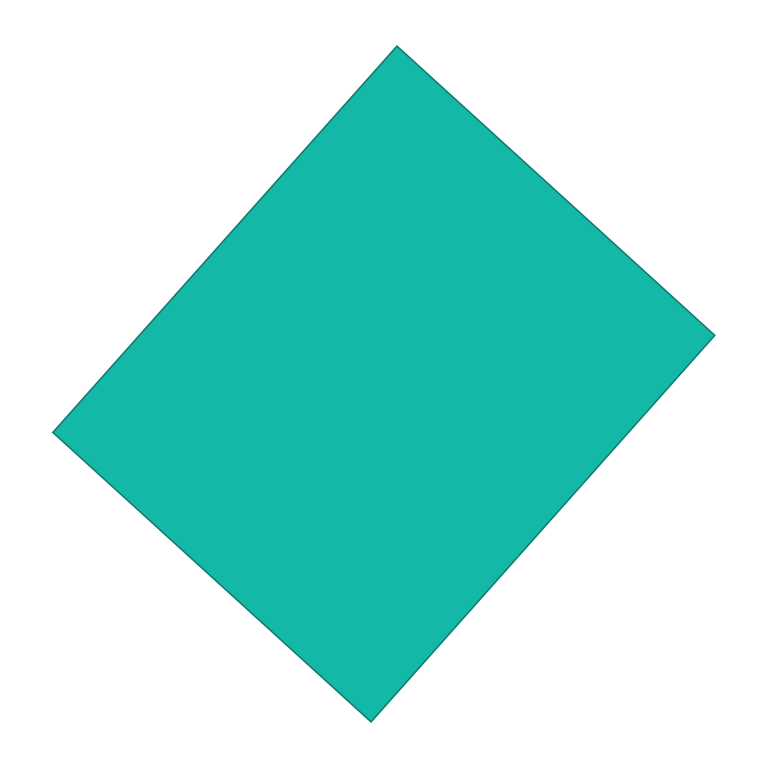 Lane, Kansas, United States of America, rotated 42°
{"feature_id": "52423323B53058903446766", "entity_name": "Lane", "entity_type": "district", "adm_level": 2, "iso_a3": "USA", "parent_name": "United States of America", "parent_adm1": "Kansas", "projection": "robinson", "projection_center": [-100.503, 38.481], "detail": "fine", "context": "isolated", "style": "filled", "palette": "teal", "viewbox_px": 768, "rotation_deg": 42, "n_neighbors": 0, "source": "geoboundaries", "source_scale": "gbopen_adm2", "svg_char_len": 242}
<svg xmlns="http://www.w3.org/2000/svg" viewBox="0 0 768 768"><g transform="rotate(42 384 384)"><path d="M167.5,124.2L170.3,641.6L385.7,642.7L600.5,643.8L597.3,126.5L167.5,124.2Z" fill="#14b8a6" stroke="#0f766e" stroke-width="1.5"/></g></svg>